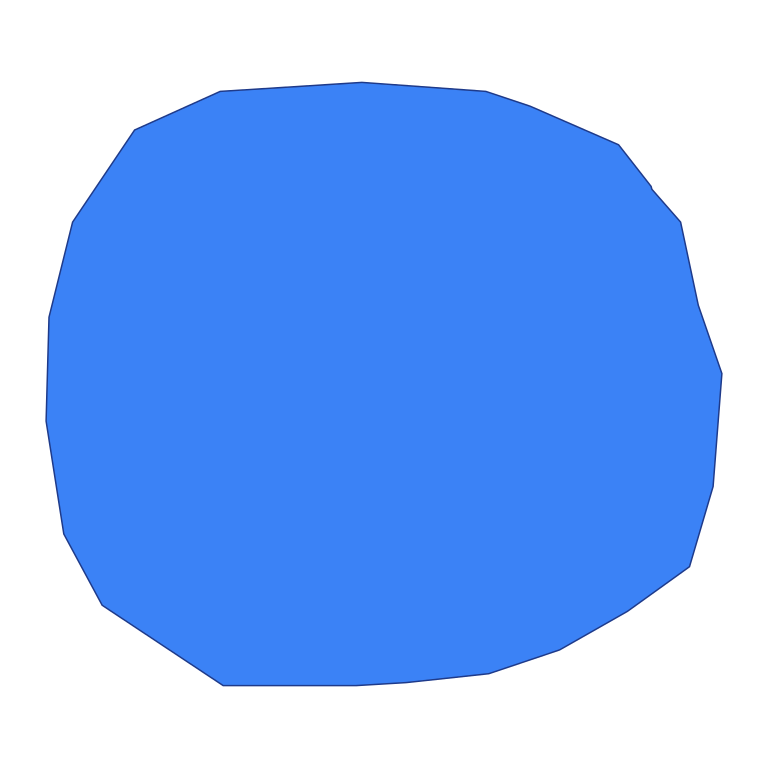 outline of Dibaya-Lubwe, Bandundu, Democratic Republic of the Congo
{"feature_id": "63176286B25992661497472", "entity_name": "Dibaya-Lubwe", "entity_type": "district", "adm_level": 2, "iso_a3": "COD", "parent_name": "Democratic Republic of the Congo", "parent_adm1": "Bandundu", "projection": "orthographic", "projection_center": [19.864, -4.155], "detail": "fine", "context": "isolated", "style": "filled", "palette": "blue", "viewbox_px": 768, "rotation_deg": 0, "n_neighbors": 0, "source": "geoboundaries", "source_scale": "gbopen_adm2", "svg_char_len": 437}
<svg xmlns="http://www.w3.org/2000/svg" viewBox="0 0 768 768"><path d="M299.9,685.6L356.0,685.6L406.1,682.6L488.8,673.7L559.6,649.9L627.5,611.3L689.5,566.7L713.1,486.5L721.9,373.6L698.3,305.3L680.6,222.1L651.9,189.3L651.1,186.4L618.6,144.8L530.1,106.2L485.8,91.4L361.9,82.4L220.2,91.4L134.6,130.0L72.6,222.1L49.0,317.2L46.1,421.1L63.8,534.0L102.2,605.3L223.2,685.6L299.9,685.6Z" fill="#3b82f6" stroke="#1e3a8a" stroke-width="1.5"/></svg>